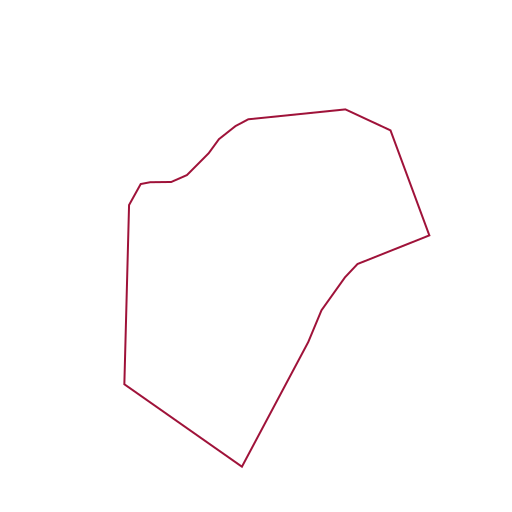 SVG path tracing the border of Dobrna, rotated 223°
{"feature_id": "SVN-239", "entity_name": "Dobrna", "entity_type": "Municipality", "adm_level": 1, "iso_a3": "SVN", "parent_name": "Slovenia", "parent_adm1": "", "projection": "orthographic", "projection_center": [15.239, 46.355], "detail": "fine", "context": "isolated", "style": "outline", "palette": "rose", "viewbox_px": 512, "rotation_deg": 223, "n_neighbors": 0, "source": "natural_earth", "source_scale": "10m", "svg_char_len": 392}
<svg xmlns="http://www.w3.org/2000/svg" viewBox="0 0 512 512"><g transform="rotate(223 256 256)"><path d="M383.6,206.7L389.4,230.0L383.7,237.8L368.5,252.3L361.7,268.1L360.7,298.9L362.8,316.2L359.6,337.1L354.9,350.7L290.6,424.2L243.3,439.6L143.3,389.3L176.3,319.4L176.4,301.2L171.1,261.0L159.1,228.7L122.6,92.3L264.8,72.4L383.6,206.7Z" fill="none" stroke="#9f1239" stroke-width="2"/></g></svg>